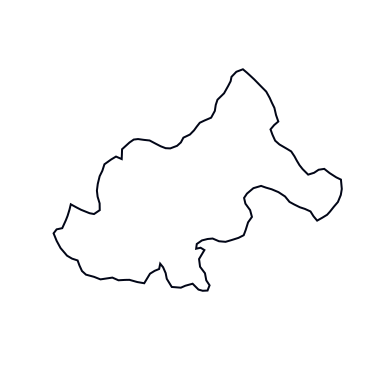 Americana, São Paulo, Brazil, rotated 160°
{"feature_id": "56859067B58997870445641", "entity_name": "Americana", "entity_type": "district", "adm_level": 2, "iso_a3": "BRA", "parent_name": "Brazil", "parent_adm1": "São Paulo", "projection": "mercator", "projection_center": [-47.295, -22.724], "detail": "fine", "context": "isolated", "style": "outline", "palette": "ink", "viewbox_px": 384, "rotation_deg": 160, "n_neighbors": 0, "source": "geoboundaries", "source_scale": "gbopen_adm2", "svg_char_len": 1970}
<svg xmlns="http://www.w3.org/2000/svg" viewBox="0 0 384 384"><g transform="rotate(160 192 192)"><path d="M336.2,200.5L335.9,192.4L334.7,184.3L331.2,174.9L327.5,170.4L322.9,166.8L322.9,161.5L322.4,155.4L319.9,150.6L313.1,145.8L307.9,141.2L296.1,138.8L291.3,134.2L285.3,132.4L280.9,130.9L274.2,126.1L268.1,122.6L259.4,129.6L254.0,130.7L249.2,130.9L246.4,135.5L244.9,131.2L244.5,124.8L245.4,119.1L243.5,109.7L235.2,105.9L230.3,106.2L222.8,105.6L219.3,98.1L215.7,95.5L211.1,94.1L207.4,98.3L208.8,104.1L207.6,111.2L210.0,119.0L208.3,126.6L200.2,133.2L203.0,136.7L207.5,137.3L205.3,141.5L199.2,143.1L193.4,142.5L188.5,141.2L183.5,136.5L177.5,133.7L171.2,133.3L164.0,133.0L158.2,133.7L154.5,138.0L149.7,144.3L144.2,148.1L143.6,155.1L145.8,162.8L145.1,168.6L140.9,171.7L133.0,174.6L125.0,174.1L121.1,170.9L116.2,167.3L110.8,162.3L106.1,156.0L103.8,149.4L100.3,145.4L95.9,140.8L91.7,137.5L87.3,133.2L86.1,127.6L84.2,122.3L78.2,123.3L72.8,124.4L69.0,126.4L63.8,129.6L58.3,132.7L53.2,138.3L50.2,143.6L47.8,152.7L51.4,156.4L56.2,162.7L59.8,168.5L65.4,169.6L70.7,168.3L76.9,168.6L80.2,175.6L81.8,180.4L82.8,185.6L83.5,190.4L84.9,196.2L87.7,199.7L93.6,206.8L96.3,211.8L96.8,218.4L96.8,224.0L91.9,226.8L86.8,228.7L86.7,235.6L85.8,242.9L86.4,248.4L86.8,253.9L87.9,260.9L91.7,269.2L95.0,276.5L97.5,281.4L99.6,285.4L102.2,289.9L109.2,289.8L115.5,286.7L117.8,282.9L121.6,279.4L128.1,273.8L136.5,270.0L139.9,265.7L142.8,260.4L148.6,255.3L155.8,254.9L161.0,254.4L165.2,251.8L168.9,249.3L174.3,246.7L181.5,246.0L185.5,242.4L190.2,240.5L197.5,240.4L201.8,242.2L205.8,245.7L209.5,249.7L214.2,254.9L219.3,257.4L224.6,260.2L228.8,261.2L233.8,259.9L243.1,256.1L244.9,251.6L246.8,247.0L251.3,251.3L256.9,250.2L264.8,248.0L269.0,242.6L273.4,238.4L277.8,231.8L280.9,225.8L282.3,219.9L282.7,212.9L284.9,206.5L291.6,204.8L295.5,207.1L302.3,213.2L305.9,217.1L310.1,221.9L313.1,217.4L317.1,212.1L320.3,208.5L326.3,202.4L332.0,203.2L336.2,200.5Z" fill="none" stroke="#020617" stroke-width="2"/></g></svg>